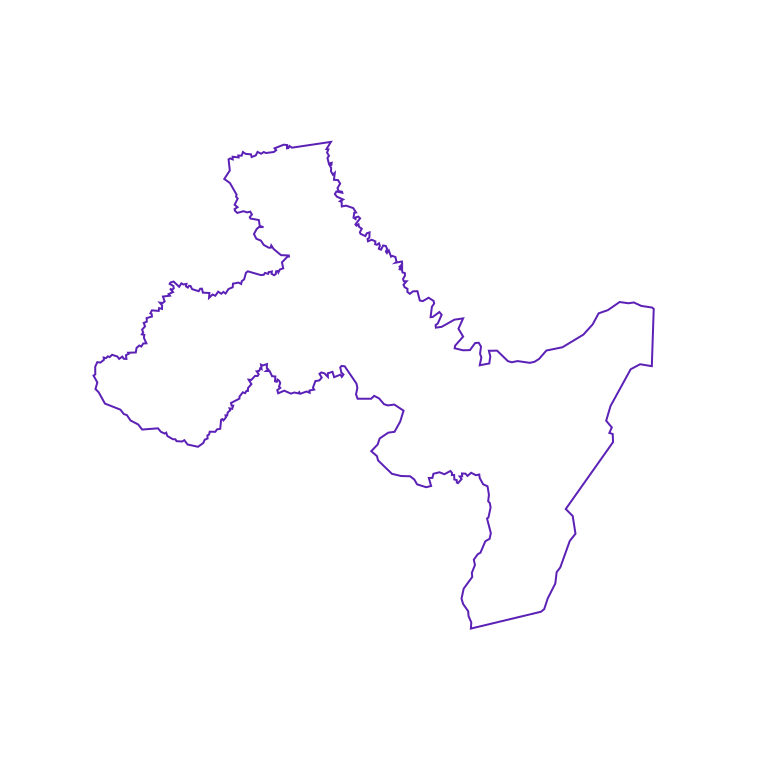 Tambacounda, Tambacounda, Senegal (orthographic projection), rotated 165°
{"feature_id": "50182788B74600736318601", "entity_name": "Tambacounda", "entity_type": "district", "adm_level": 2, "iso_a3": "SEN", "parent_name": "Senegal", "parent_adm1": "Tambacounda", "projection": "orthographic", "projection_center": [-13.284, 13.521], "detail": "fine", "context": "isolated", "style": "outline", "palette": "violet", "viewbox_px": 768, "rotation_deg": 165, "n_neighbors": 0, "source": "geoboundaries", "source_scale": "gbopen_adm2", "svg_char_len": 6166}
<svg xmlns="http://www.w3.org/2000/svg" viewBox="0 0 768 768"><g transform="rotate(165 384 384)"><path d="M363.4,125.3L291.2,123.4L287.5,125.1L281.3,134.6L270.2,146.9L265.9,157.6L261.2,161.2L245.2,184.3L237.8,189.8L235.9,207.6L240.8,216.2L177.8,268.6L176.0,276.5L179.0,278.4L175.2,283.1L178.9,291.0L170.9,304.1L141.9,334.4L131.5,336.8L120.7,331.9L104.0,386.8L105.3,388.5L115.2,392.8L121.6,398.1L126.9,398.7L135.2,402.2L148.6,397.4L158.4,396.7L167.0,387.6L178.6,380.1L202.1,373.3L218.5,374.3L227.7,368.1L232.9,366.5L237.7,366.7L249.1,371.6L254.9,371.9L258.4,374.0L266.1,386.9L274.1,389.0L274.2,383.1L277.0,376.6L286.7,377.3L283.1,384.4L283.4,388.4L280.6,395.0L281.8,399.3L285.3,400.0L292.2,394.5L298.9,396.1L306.5,400.2L305.4,402.6L295.3,409.3L297.8,418.1L290.6,426.9L299.4,427.9L313.5,424.3L319.3,425.0L318.9,427.6L316.4,428.5L310.4,435.9L311.9,439.2L319.4,436.2L321.7,436.5L317.8,446.1L314.7,448.8L314.6,451.4L318.6,455.8L325.1,454.0L327.8,455.4L327.7,465.0L331.9,466.0L335.7,464.4L337.6,466.9L336.7,469.8L339.0,472.2L339.5,474.8L335.6,477.4L338.3,478.1L338.4,480.6L335.7,483.2L335.2,485.8L337.2,486.9L337.2,489.8L339.2,490.8L338.4,492.0L336.7,490.6L336.0,493.1L337.9,493.6L335.4,495.1L335.0,497.7L341.6,498.2L340.3,498.8L340.1,503.7L342.9,505.6L344.2,505.2L344.8,511.7L347.3,509.7L347.9,511.4L346.0,513.6L346.6,516.9L349.0,518.0L352.1,514.5L354.0,516.0L352.2,518.6L352.4,521.2L354.8,520.3L356.4,521.3L355.4,524.0L358.5,526.5L362.5,526.0L362.4,528.3L360.3,529.1L358.7,534.2L361.7,534.0L363.7,531.7L367.8,535.1L368.0,536.9L365.3,539.7L367.4,542.3L367.3,544.8L369.6,544.0L370.3,545.5L364.2,550.2L365.5,552.3L368.1,552.3L368.8,550.7L370.4,552.5L368.4,557.1L366.6,556.9L368.2,561.9L374.5,566.1L378.8,566.4L377.8,570.8L379.2,571.9L375.8,572.8L381.1,577.2L382.3,580.2L380.1,582.3L374.8,579.5L374.8,580.6L377.9,582.0L378.2,585.3L374.5,588.9L375.7,592.9L379.5,594.2L376.9,600.7L379.2,599.4L380.2,603.3L379.1,606.3L380.0,609.7L378.1,609.3L377.3,611.2L380.2,611.2L380.1,617.0L378.1,618.6L379.1,622.3L377.0,625.0L378.8,625.8L372.6,631.6L411.7,636.1L413.8,638.4L415.3,636.6L416.7,636.8L415.8,639.9L418.9,641.1L428.7,640.0L427.6,637.8L430.4,636.6L438.3,637.7L440.1,639.2L443.0,638.2L446.1,640.9L448.7,638.0L453.1,637.5L453.1,640.3L458.1,642.1L460.2,644.6L462.4,641.4L465.6,642.4L465.8,640.5L471.4,642.7L472.0,640.1L474.2,641.7L476.0,641.2L477.7,630.1L485.2,623.4L480.8,618.0L477.4,605.1L478.4,603.2L477.3,601.0L481.9,595.8L479.7,592.7L483.1,591.6L483.1,589.9L481.4,587.2L475.1,587.3L471.8,585.2L468.6,585.1L467.7,581.9L470.5,579.9L470.2,578.4L462.5,574.8L463.1,568.8L459.8,566.7L464.1,568.0L466.8,566.7L470.8,562.5L469.7,557.3L465.8,554.4L464.2,549.5L460.1,545.5L458.1,545.0L457.0,547.0L455.7,543.0L450.1,535.1L442.7,532.8L442.8,531.7L444.3,532.0L451.1,527.9L451.4,521.8L454.9,521.6L457.2,519.0L457.4,520.6L459.0,520.8L460.1,518.2L462.0,517.5L464.1,519.6L463.2,521.7L466.4,521.9L467.4,520.4L470.2,522.1L471.9,520.6L474.8,521.1L486.4,528.1L488.6,527.1L492.0,521.3L494.8,520.1L496.1,517.6L498.3,519.6L503.9,520.0L505.1,516.6L509.6,516.0L513.6,512.4L515.3,514.5L517.8,513.3L520.3,516.1L524.1,512.9L526.4,514.8L530.7,512.5L529.1,517.1L535.3,519.1L535.2,523.2L536.9,523.6L539.0,521.6L544.8,525.3L545.5,528.7L546.8,529.3L548.5,527.9L550.0,529.6L548.9,531.8L552.2,532.1L553.7,533.7L556.7,530.9L560.7,537.4L564.0,537.3L565.1,536.2L562.1,533.2L562.3,530.9L564.1,529.8L566.0,531.4L564.0,527.4L568.8,526.6L568.0,524.7L574.9,525.7L574.5,520.5L577.0,519.5L579.5,520.6L578.0,517.3L579.0,514.0L581.6,515.5L582.7,512.9L589.1,515.2L591.4,512.7L590.3,511.6L590.7,509.2L596.2,509.1L597.0,505.6L600.3,505.2L599.9,501.5L603.6,499.1L603.3,496.1L605.0,494.6L602.8,493.5L604.0,490.8L603.0,484.8L606.1,485.4L608.8,483.0L610.4,484.5L613.7,482.9L615.6,478.7L623.0,480.4L622.7,479.3L625.8,478.6L626.3,474.9L628.8,475.7L629.7,478.2L633.3,476.8L634.5,479.6L639.1,482.6L642.1,481.0L643.6,482.2L645.9,480.9L647.9,482.1L648.2,479.9L652.3,478.1L655.3,479.3L658.5,475.4L660.4,468.0L662.4,467.3L660.5,459.7L664.0,453.8L661.8,450.0L658.6,437.3L645.2,427.4L643.1,422.3L640.4,420.5L638.3,414.4L631.9,408.5L629.4,402.6L613.8,399.7L611.9,395.6L608.7,392.9L607.0,393.4L606.7,389.8L602.1,385.2L599.8,384.6L599.2,382.5L593.9,380.7L591.4,381.4L589.4,376.4L579.9,371.5L573.8,373.8L571.6,376.6L568.5,377.0L567.9,380.0L566.0,380.5L564.7,383.0L559.3,381.5L557.0,383.4L553.8,383.1L550.6,391.6L549.2,391.9L548.5,390.4L545.3,392.7L545.2,394.7L543.6,394.2L542.4,396.9L539.4,398.4L539.5,400.4L537.1,399.3L535.3,402.1L536.8,402.6L536.7,405.3L527.4,407.3L526.8,409.3L522.5,412.5L520.5,411.1L518.6,413.0L517.3,412.5L516.4,415.3L512.1,418.2L513.6,423.2L511.1,422.3L506.4,425.2L504.0,424.5L502.5,425.8L503.7,429.2L501.1,429.0L499.5,431.2L498.4,430.1L497.8,434.5L496.4,433.3L491.9,433.5L493.1,429.8L492.0,428.1L494.5,427.1L491.1,426.0L490.1,420.5L487.0,419.4L488.6,414.8L487.0,413.9L485.7,415.8L484.4,414.2L484.0,411.8L486.1,408.6L485.2,407.1L488.7,405.7L488.6,402.4L482.1,403.4L476.4,398.8L472.8,399.0L469.3,397.2L468.0,398.1L467.5,396.2L460.8,396.8L458.1,394.8L457.7,397.0L452.9,396.7L453.6,398.8L449.5,404.6L445.5,404.2L442.5,406.3L443.7,410.5L441.6,411.4L438.8,409.7L436.4,405.4L435.5,408.9L430.6,409.1L430.4,403.5L423.6,404.3L422.9,401.8L420.7,403.6L422.2,406.3L422.0,411.3L420.4,412.4L417.4,411.3L410.5,391.6L410.7,387.2L413.7,381.3L413.3,376.6L400.2,373.1L396.6,375.1L392.5,371.4L389.2,364.5L385.8,362.3L379.4,361.5L372.0,353.2L378.1,343.5L386.2,335.1L392.5,335.9L402.3,332.5L405.8,327.2L413.7,322.4L409.5,316.2L409.5,311.7L399.6,295.2L391.3,290.7L382.6,288.1L379.4,283.8L378.0,278.5L370.0,273.4L364.9,273.3L365.0,281.6L361.5,280.8L359.5,284.5L353.3,284.4L349.0,281.2L342.4,282.8L341.3,280.5L342.0,278.5L339.8,278.0L340.8,273.6L338.6,272.3L339.2,270.0L338.2,269.1L333.7,272.0L334.8,275.1L332.4,274.6L331.8,277.4L328.5,276.3L327.1,273.6L322.8,275.7L318.8,272.1L315.4,271.9L315.9,268.5L314.2,261.5L310.5,258.4L311.3,249.9L313.7,243.8L312.6,241.5L313.0,237.1L317.7,228.0L319.3,227.4L319.4,212.3L322.1,207.1L326.8,205.9L334.5,196.1L337.5,195.3L342.7,191.1L343.0,185.6L348.0,178.9L348.7,174.8L360.0,165.7L364.7,156.6L364.5,151.0L361.5,142.7L362.4,138.0L361.4,131.1L363.4,125.3Z" fill="none" stroke="#5b21b6" stroke-width="2"/></g></svg>